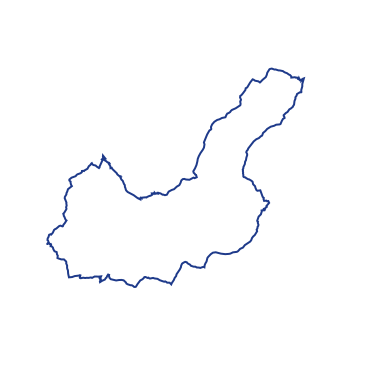 Rozavlea, Maramures, Romania (Natural Earth projection), rotated 152°
{"feature_id": "2599482B19056490383889", "entity_name": "Rozavlea", "entity_type": "district", "adm_level": 2, "iso_a3": "ROU", "parent_name": "Romania", "parent_adm1": "Maramures", "projection": "natural_earth1", "projection_center": [24.205, 47.737], "detail": "fine", "context": "isolated", "style": "outline", "palette": "blue", "viewbox_px": 384, "rotation_deg": 152, "n_neighbors": 0, "source": "geoboundaries", "source_scale": "gbopen_adm2", "svg_char_len": 6076}
<svg xmlns="http://www.w3.org/2000/svg" viewBox="0 0 384 384"><g transform="rotate(152 192 192)"><path d="M85.6,263.0L89.2,261.4L94.2,258.4L95.9,258.4L97.0,257.0L101.0,255.1L103.0,254.3L104.3,254.2L105.2,252.9L105.4,250.5L106.2,249.7L106.8,249.5L107.2,248.7L107.5,247.5L108.3,246.2L108.8,245.9L114.2,245.4L118.1,245.7L119.5,245.4L120.8,244.7L122.6,244.5L124.0,244.7L125.3,244.0L127.4,242.3L130.8,243.3L133.6,243.3L135.9,243.8L139.3,243.5L142.4,242.3L144.5,240.7L144.9,240.1L145.4,238.6L145.9,238.3L147.8,238.1L151.6,235.7L158.2,230.2L158.6,228.2L160.6,225.6L162.5,224.3L166.2,222.4L169.2,220.4L171.4,218.5L172.9,216.5L175.4,213.7L178.3,211.4L181.1,209.7L181.5,208.2L181.0,206.9L181.0,205.9L180.4,205.1L180.9,202.8L183.2,203.0L183.7,203.8L184.0,204.0L188.5,204.0L191.5,205.9L192.7,207.2L194.2,207.7L196.0,207.2L197.9,205.4L200.0,204.0L202.8,203.9L206.5,202.9L208.9,203.3L212.4,203.3L215.5,201.4L217.4,201.9L218.7,203.3L219.3,203.5L220.4,205.5L221.7,206.6L222.2,206.4L222.4,207.1L222.9,206.8L223.3,207.4L223.8,207.1L224.6,207.7L225.3,207.7L225.2,208.3L225.3,208.7L225.6,208.2L226.6,208.4L227.0,208.6L226.8,209.0L227.2,209.0L227.5,209.3L228.1,209.6L228.2,209.0L228.0,208.4L228.5,208.2L229.0,208.4L230.2,208.1L231.3,208.5L234.1,208.7L234.7,208.5L235.7,209.2L238.9,210.5L239.4,209.9L240.0,210.9L240.7,210.2L241.7,211.1L241.7,210.5L242.8,212.0L245.0,216.6L248.8,222.2L249.4,224.3L249.3,225.3L248.9,226.9L248.9,227.8L248.1,229.7L248.3,231.0L247.9,234.4L248.5,236.2L248.4,238.4L247.7,238.6L248.2,239.4L247.9,239.6L248.8,240.4L249.7,242.7L249.6,243.8L251.5,249.6L251.5,251.0L252.8,251.3L252.4,252.2L252.2,252.2L252.0,253.2L252.2,255.7L251.4,255.7L251.5,256.7L252.8,258.1L253.2,259.3L255.1,262.5L252.8,262.1L253.5,265.9L254.2,264.8L254.1,263.7L256.3,263.1L256.0,262.2L261.7,257.8L262.1,257.1L262.9,256.8L264.1,259.0L264.7,260.7L266.4,262.1L266.9,263.1L266.9,264.5L267.6,264.4L269.0,263.6L271.0,263.2L273.4,261.6L276.9,261.5L277.5,261.2L278.2,261.8L279.3,262.2L280.0,261.2L281.6,260.9L284.9,261.4L286.0,261.2L287.3,260.6L291.6,261.2L294.4,260.6L294.9,259.7L294.3,258.2L294.8,257.4L295.4,255.2L295.3,253.6L300.2,252.7L301.9,251.0L303.4,249.9L304.1,248.8L306.5,247.4L307.3,246.3L307.8,241.7L308.2,241.2L309.1,238.8L310.3,237.7L310.7,236.2L311.0,235.8L314.5,233.7L315.9,233.2L316.0,231.9L316.4,231.2L316.3,230.2L316.6,227.2L316.5,226.3L316.2,225.8L319.0,224.2L320.8,223.5L322.1,222.4L322.6,222.5L323.9,224.0L325.1,224.3L329.1,223.4L330.1,223.5L331.5,223.3L334.0,221.4L336.0,220.6L336.4,220.5L336.6,221.1L338.2,221.3L340.0,219.5L341.2,218.8L341.8,218.0L342.2,217.3L341.9,216.7L342.2,215.0L344.0,214.3L344.1,214.0L343.9,213.9L342.6,214.7L342.3,214.6L342.1,214.0L342.1,212.7L341.1,212.4L341.1,211.7L342.2,210.5L341.5,210.1L340.9,208.3L341.3,206.4L341.2,204.2L339.7,202.5L340.5,200.3L340.4,198.8L341.8,196.9L341.3,196.2L339.1,193.9L336.7,192.6L335.8,189.8L335.9,189.1L336.6,188.0L336.8,185.7L337.8,183.9L338.2,182.7L338.3,181.2L339.7,178.0L340.7,174.4L337.8,173.2L335.0,172.8L331.1,171.3L330.1,171.2L329.7,170.8L331.3,169.1L331.3,168.7L330.7,168.1L328.3,167.4L326.7,166.2L325.3,165.7L323.6,164.7L321.3,164.0L320.6,163.1L317.7,163.1L313.7,160.9L311.8,160.2L312.1,159.9L313.9,159.8L314.1,159.3L314.1,158.5L314.0,158.2L313.4,158.2L313.5,157.6L315.3,156.3L315.5,155.6L313.3,155.8L310.0,155.6L308.5,156.5L307.8,156.5L306.3,157.7L304.8,158.5L304.1,157.7L304.8,156.8L305.1,154.9L304.7,153.2L300.5,149.5L297.9,148.6L295.4,147.4L293.8,146.1L292.8,143.1L292.9,142.0L292.2,140.8L290.0,138.5L288.8,137.8L288.0,136.4L287.8,135.6L287.0,134.9L286.0,134.7L283.3,136.3L279.2,138.2L276.7,138.2L274.7,138.8L274.0,139.2L273.0,138.8L271.6,137.0L270.6,136.8L270.3,135.9L269.7,135.3L266.7,134.4L265.7,133.3L263.2,131.5L261.9,129.3L260.0,127.2L258.6,125.8L257.7,125.7L256.9,124.6L256.5,123.6L254.3,122.4L253.7,120.2L252.7,121.0L249.4,122.8L247.6,124.3L245.5,125.2L244.3,126.6L239.2,129.3L237.1,130.8L236.2,132.0L234.7,133.2L234.0,133.5L232.1,133.6L230.8,133.5L230.0,132.8L229.5,132.2L229.5,131.5L229.1,130.6L227.8,128.7L227.6,127.4L225.7,125.4L224.0,124.4L223.3,123.2L221.2,121.9L220.4,121.1L217.7,120.7L216.9,120.4L216.4,119.7L215.2,121.4L213.8,122.6L211.8,123.8L209.4,126.5L208.2,127.1L204.6,128.3L202.0,128.6L199.3,127.6L195.4,124.0L191.8,121.5L188.4,120.0L187.1,119.6L184.2,119.5L180.5,118.1L179.3,118.1L176.2,119.2L173.1,119.0L170.3,120.3L164.0,120.9L162.4,121.6L160.6,123.2L158.9,124.0L156.8,124.5L152.9,126.8L152.6,128.4L151.4,129.1L150.4,130.5L149.4,131.0L148.7,131.9L148.4,133.9L147.7,134.7L148.0,135.9L147.8,136.1L144.7,139.0L141.7,139.9L139.4,142.2L139.2,143.0L137.6,142.6L137.2,142.0L136.5,141.8L136.2,142.1L136.1,143.0L136.6,143.2L136.5,143.4L135.2,142.9L134.5,143.6L132.9,143.8L132.8,144.7L129.0,146.2L128.9,148.2L130.0,148.5L130.3,149.4L132.5,150.3L132.1,152.4L131.4,153.0L131.9,154.5L130.9,161.4L133.7,162.4L134.2,163.5L134.0,166.0L133.6,167.5L134.4,170.1L133.7,172.7L134.3,174.1L135.6,176.3L136.3,176.8L137.6,178.7L138.0,179.8L139.2,180.8L139.4,181.5L138.5,183.4L138.2,184.6L137.6,185.4L137.4,186.3L136.8,187.2L136.8,187.8L135.5,188.9L134.9,189.9L132.3,191.8L130.8,193.9L129.5,194.7L127.7,197.0L126.0,198.6L125.5,199.6L125.4,201.7L124.3,202.6L122.9,203.1L122.0,204.0L113.8,207.7L110.4,208.4L107.7,208.2L105.0,208.9L103.6,208.9L101.5,210.8L98.6,211.4L96.0,212.4L91.8,212.7L88.3,211.9L86.1,211.9L82.8,210.5L81.9,210.5L79.3,212.6L77.4,213.8L75.5,213.9L75.2,214.9L75.3,216.2L75.0,216.8L72.0,217.7L70.1,217.8L67.2,219.3L65.6,219.3L62.9,219.9L62.1,220.6L60.9,221.2L58.8,224.2L56.9,225.8L56.2,227.1L54.4,228.0L53.3,229.2L49.9,229.4L49.0,228.8L48.5,228.9L47.7,230.7L45.1,233.4L43.9,235.6L39.9,239.8L40.7,239.9L41.5,238.8L41.9,238.8L42.4,239.3L43.2,239.0L42.7,239.9L44.2,240.1L44.1,242.3L44.9,241.5L45.4,242.2L45.2,242.8L44.8,242.9L44.8,243.1L46.2,244.1L46.3,243.2L46.4,244.2L47.4,245.1L50.6,246.4L50.1,247.5L50.5,249.2L51.5,250.5L52.2,252.1L54.1,254.3L55.0,256.1L57.4,258.1L58.6,258.8L60.6,260.9L61.7,261.4L63.6,263.5L65.3,264.0L66.0,264.0L69.5,262.0L71.0,260.3L72.9,258.8L77.1,257.9L80.4,256.8L80.6,256.8L81.4,258.5L84.1,260.7L84.9,262.3L85.6,263.0Z" fill="none" stroke="#1e3a8a" stroke-width="2"/></g></svg>